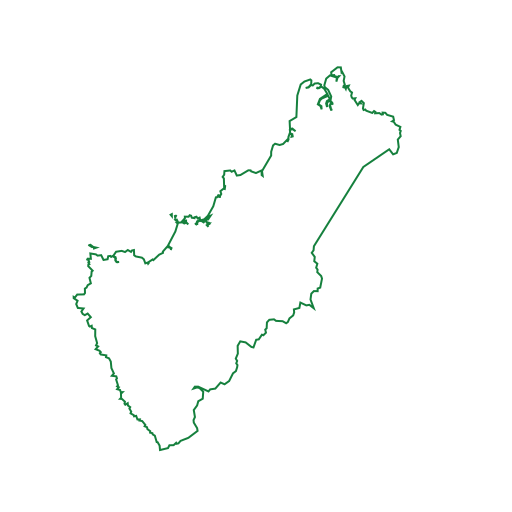 Mariato, Veraguas, Panama (Mercator projection), rotated 66°
{"feature_id": "35544464B44926155348372", "entity_name": "Mariato", "entity_type": "district", "adm_level": 2, "iso_a3": "PAN", "parent_name": "Panama", "parent_adm1": "Veraguas", "projection": "mercator", "projection_center": [-80.871, 7.491], "detail": "fine", "context": "isolated", "style": "outline", "palette": "green", "viewbox_px": 512, "rotation_deg": 66, "n_neighbors": 0, "source": "geoboundaries", "source_scale": "gbopen_adm2", "svg_char_len": 6123}
<svg xmlns="http://www.w3.org/2000/svg" viewBox="0 0 512 512"><g transform="rotate(66 256 256)"><path d="M196.8,71.6L192.8,75.0L189.4,75.6L188.4,76.8L188.0,74.7L184.5,74.0L180.4,78.8L177.8,79.6L176.5,82.0L178.2,82.5L177.9,83.8L175.6,85.2L174.1,89.1L173.0,88.3L171.6,89.2L172.6,91.6L168.1,96.2L166.6,96.6L166.4,98.3L164.7,98.3L160.2,95.3L157.2,96.5L157.6,98.7L159.2,98.2L158.4,99.7L159.5,101.6L153.5,102.5L152.3,101.1L151.5,103.6L150.1,104.0L148.2,103.8L145.7,101.8L143.9,102.9L139.5,103.5L138.1,101.9L137.6,104.2L139.9,106.0L136.5,106.2L138.1,108.0L136.3,106.8L135.7,105.2L131.7,104.7L128.0,102.1L122.9,102.4L123.2,103.2L118.2,101.8L116.8,104.8L118.7,112.6L121.6,113.5L122.8,110.2L122.9,111.8L125.7,108.7L125.3,107.3L125.5,106.9L126.0,108.2L125.4,109.3L126.9,109.5L129.4,111.7L125.9,109.5L121.1,115.0L122.5,119.7L127.9,124.2L129.7,124.5L133.6,122.5L140.9,122.4L144.5,124.9L147.0,124.0L148.9,124.3L147.5,124.7L147.4,125.7L149.1,127.6L150.4,127.2L151.9,127.8L152.8,127.4L153.8,128.0L148.8,127.8L147.3,126.1L146.8,124.5L144.4,125.8L144.5,128.5L148.8,130.5L145.2,129.9L143.3,128.2L142.8,124.7L139.0,124.9L138.9,131.9L139.8,134.3L142.7,137.2L145.7,135.3L148.7,136.4L145.2,136.1L142.6,137.8L138.5,133.7L137.0,124.9L131.1,125.6L127.9,127.3L128.3,130.4L127.5,131.6L128.0,132.3L128.1,132.5L127.2,131.5L128.1,130.2L127.4,127.9L125.9,126.9L123.4,129.0L122.3,132.3L123.3,134.8L122.2,136.1L123.4,139.4L122.7,142.3L123.1,139.3L121.5,135.7L118.1,134.0L116.8,134.6L116.3,140.8L117.5,145.4L126.2,153.0L145.5,162.6L146.4,170.4L153.9,173.3L154.3,171.0L158.1,169.1L155.0,171.0L154.6,173.8L158.0,174.9L159.4,173.3L161.4,173.8L161.8,173.0L161.5,175.0L159.7,173.6L158.3,175.2L157.1,174.8L160.6,178.1L162.8,178.9L164.6,181.0L162.0,179.0L164.7,185.7L164.2,189.3L161.2,192.9L161.9,195.4L166.9,199.7L170.4,201.3L180.9,216.0L185.5,217.3L184.4,217.9L181.0,216.5L180.1,215.4L180.2,222.3L176.7,226.0L175.6,226.1L174.6,228.2L175.7,237.3L174.7,240.8L169.1,240.9L169.1,244.0L167.4,244.7L165.6,250.3L168.8,252.0L170.2,254.3L172.1,253.8L180.6,257.3L178.9,256.1L179.5,255.7L182.1,257.3L181.3,258.3L182.3,262.2L185.2,262.5L187.0,265.1L187.6,264.0L187.2,265.3L185.7,264.9L185.1,265.7L186.5,267.7L186.1,268.8L193.2,274.8L199.7,283.6L201.4,288.3L200.9,292.1L202.5,289.3L201.5,286.0L202.7,285.1L201.7,284.3L201.7,283.2L200.7,282.1L200.7,281.1L203.1,284.9L202.2,287.7L205.8,286.9L206.3,285.6L207.4,284.9L207.8,285.4L207.8,288.1L210.0,287.6L207.8,288.4L207.1,285.2L205.8,287.3L203.1,287.8L202.6,290.2L203.3,289.8L203.8,289.8L204.3,290.9L203.2,290.0L200.8,293.3L201.3,296.0L202.9,296.7L202.4,298.0L201.2,298.2L202.5,297.7L200.4,295.7L200.1,292.3L198.0,291.9L198.0,294.0L195.9,294.4L195.6,296.4L196.4,296.8L194.9,299.1L192.8,298.9L191.8,300.0L192.7,301.6L191.1,305.0L192.6,305.6L194.5,309.9L196.4,307.9L194.8,306.6L195.2,305.5L196.6,306.1L199.6,305.0L197.2,306.1L197.1,308.3L195.3,309.6L193.5,314.8L194.7,314.4L200.8,319.7L210.8,332.3L211.1,331.7L212.2,332.2L212.2,331.5L214.4,330.0L215.9,331.5L214.5,330.3L212.4,332.4L211.0,332.6L214.1,339.3L215.3,339.7L215.4,343.9L218.0,351.4L217.1,351.8L217.9,356.8L218.8,356.9L219.2,357.7L217.9,357.7L217.7,360.1L213.4,359.8L211.1,360.9L207.5,366.0L205.8,367.0L200.9,365.1L200.5,367.1L201.4,368.5L198.4,370.7L199.1,374.0L196.7,376.6L195.2,382.1L198.0,386.6L199.9,384.8L201.6,385.1L202.5,386.1L204.8,385.6L205.7,383.5L205.3,385.3L204.8,385.9L202.9,386.3L200.5,385.3L197.7,387.0L197.9,388.7L196.7,389.0L196.1,391.1L198.6,392.9L197.6,396.9L192.3,397.1L191.2,400.6L189.4,401.6L186.3,406.3L191.4,408.0L190.0,410.9L190.6,411.6L191.6,410.6L193.7,410.8L193.7,411.7L195.7,411.6L195.6,412.6L197.0,413.4L203.0,411.2L203.4,412.5L207.2,414.6L208.2,417.0L213.8,418.0L214.2,421.6L215.9,423.6L216.2,425.6L220.3,427.3L221.1,428.8L218.5,435.0L220.3,438.4L219.2,439.2L220.4,439.7L224.3,437.2L226.8,439.8L231.0,439.9L233.8,434.9L235.7,438.1L238.4,437.9L240.4,436.5L240.1,433.2L244.7,431.8L246.2,436.5L252.0,437.0L252.9,436.5L252.9,434.5L255.1,435.2L257.7,432.7L263.8,435.5L271.0,436.6L272.6,438.5L274.4,437.0L275.9,440.4L278.9,437.5L280.7,436.9L281.3,438.2L282.8,437.9L285.9,433.2L287.4,434.2L289.7,431.9L293.4,431.6L299.6,433.7L305.5,433.6L306.8,436.4L309.1,432.6L311.2,432.8L311.9,434.0L318.0,434.7L318.6,435.9L320.1,434.7L321.2,437.0L323.1,434.7L326.4,435.0L325.8,434.0L326.1,433.3L326.9,435.4L330.7,436.9L331.2,438.2L332.1,436.6L335.8,435.0L337.4,436.2L338.7,435.9L338.3,433.1L340.5,433.8L342.9,432.4L343.9,433.7L347.4,433.3L348.7,434.6L351.7,432.4L352.9,432.6L353.3,430.5L357.1,430.8L358.0,428.6L358.9,429.4L360.5,427.1L365.3,425.8L366.2,427.0L368.1,425.2L370.0,425.6L373.0,423.9L374.3,424.6L375.7,422.7L377.0,422.9L379.0,421.5L385.6,422.4L386.1,421.6L390.0,421.2L394.2,422.6L395.7,414.5L393.7,412.1L395.3,408.2L394.2,405.0L395.2,405.0L395.6,403.1L394.2,400.1L394.6,391.7L392.0,380.5L389.3,379.8L382.9,380.6L380.5,379.8L378.3,377.3L371.4,375.5L368.6,370.6L365.2,367.8L364.7,362.7L358.5,359.4L353.6,361.3L352.1,363.4L351.7,367.0L350.5,365.0L351.8,362.0L360.4,354.5L359.2,352.1L360.6,347.1L357.2,339.8L360.4,336.9L359.3,331.4L353.8,324.7L353.0,321.2L350.0,318.5L348.1,317.3L346.0,317.7L344.2,315.9L341.5,316.2L337.8,312.3L330.6,309.3L327.6,305.1L330.7,300.6L337.2,297.2L338.5,295.5L332.6,289.9L333.3,287.4L330.3,282.6L331.4,281.5L330.1,278.1L327.0,277.5L326.4,275.7L321.1,273.0L319.7,269.8L321.2,265.3L323.4,264.1L326.4,258.2L329.7,255.8L329.3,253.8L326.6,250.8L325.4,246.2L323.1,244.1L320.2,243.1L321.1,237.5L316.6,234.4L321.6,230.1L322.3,227.1L327.2,224.5L317.9,223.9L312.9,220.8L311.6,217.4L313.2,214.0L310.8,212.9L311.0,210.2L303.5,204.9L300.8,204.6L295.7,206.6L293.5,205.3L291.2,205.8L288.0,203.1L284.5,204.9L280.7,202.7L275.8,203.8L274.2,201.1L270.6,199.1L218.3,121.7L212.7,90.9L218.9,89.4L219.1,85.5L214.6,81.3L207.3,79.1L205.4,75.1L202.2,74.4L200.6,72.9L199.1,73.6L196.8,71.6ZM181.0,402.3L181.7,400.9L178.4,402.7L178.3,403.5L179.2,403.5L177.6,404.6L181.0,402.3ZM192.4,313.5L190.5,313.6L190.2,315.0L190.9,314.8L192.4,313.5ZM183.2,400.9L183.4,398.5L181.9,400.5L183.2,400.9ZM185.4,316.7L183.5,315.9L183.6,317.2L185.4,316.7ZM188.0,314.2L186.8,312.7L186.6,312.8L186.5,313.8L188.0,314.2Z" fill="none" stroke="#15803d" stroke-width="2"/></g></svg>